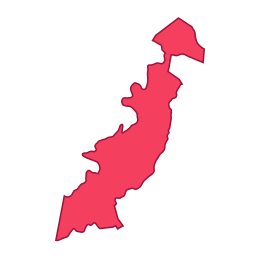 the district of La Resource, Laborie, Saint Lucia, rotated 263°
{"feature_id": "8701671B45952926697202", "entity_name": "La Resource", "entity_type": "district", "adm_level": 2, "iso_a3": "LCA", "parent_name": "Saint Lucia", "parent_adm1": "Laborie", "projection": "albers", "projection_center": [-60.962, 13.748], "detail": "fine", "context": "isolated", "style": "filled", "palette": "rose", "viewbox_px": 256, "rotation_deg": 263, "n_neighbors": 0, "source": "geoboundaries", "source_scale": "gbopen_adm2", "svg_char_len": 5803}
<svg xmlns="http://www.w3.org/2000/svg" viewBox="0 0 256 256"><g transform="rotate(263 128 128)"><path d="M29.0,105.5L29.3,106.1L29.7,106.8L30.2,107.4L30.3,108.1L31.0,110.1L31.3,111.2L39.2,106.9L52.8,105.0L52.7,105.3L52.9,105.8L53.1,106.1L53.8,106.9L54.9,107.2L56.9,106.5L57.4,106.4L58.0,106.4L59.2,106.7L59.5,106.8L59.8,107.2L60.0,107.9L60.0,108.3L59.7,109.0L59.5,110.2L59.3,111.5L59.4,111.8L59.9,112.5L60.3,113.6L60.7,115.1L61.0,115.6L61.8,116.3L62.2,116.6L62.4,116.7L63.4,117.2L65.3,118.1L66.0,118.6L66.5,119.1L66.9,119.8L67.2,120.9L67.3,122.0L67.5,123.4L67.6,125.0L67.6,125.5L66.7,126.8L66.4,127.5L66.3,128.5L66.5,129.7L67.0,131.0L67.9,132.5L68.3,133.0L68.8,133.6L72.9,136.7L73.5,137.4L74.3,138.3L74.9,139.2L75.3,139.9L75.9,140.6L76.7,141.9L77.2,142.4L77.6,143.1L78.0,144.1L78.7,145.3L79.7,146.7L80.4,147.6L81.3,148.3L82.0,148.7L83.8,148.9L85.4,148.9L85.8,149.0L86.2,149.0L87.1,149.3L88.4,149.8L89.9,150.5L91.5,151.5L92.2,151.7L94.2,153.6L97.2,155.9L97.8,156.4L98.9,157.8L99.5,158.9L100.1,159.7L101.7,161.1L102.5,161.6L104.7,162.3L105.7,162.4L106.6,162.6L107.5,162.9L109.6,164.2L111.7,165.9L112.4,166.3L112.7,166.3L113.5,166.1L114.8,165.9L115.5,165.8L115.8,166.0L116.7,166.6L117.3,167.3L118.1,167.9L118.6,168.1L119.0,168.1L119.9,167.8L120.4,167.7L121.1,168.1L121.8,168.7L122.0,168.7L122.4,169.1L123.1,169.4L124.0,169.6L125.3,170.1L126.4,170.4L130.3,171.5L132.9,172.1L133.6,172.2L134.5,172.1L135.2,172.2L136.6,172.5L138.0,173.0L138.4,172.9L139.0,173.0L140.8,173.1L141.2,173.0L142.8,171.7L143.8,171.4L144.5,171.4L146.0,171.3L146.7,171.3L147.9,171.7L148.2,171.9L149.0,172.7L149.7,173.4L150.2,174.2L150.4,174.4L151.0,174.7L151.4,175.2L151.8,176.0L151.8,176.5L152.2,178.0L152.3,178.6L152.5,179.0L153.4,179.8L154.4,180.3L155.3,180.3L157.1,180.2L157.5,180.3L159.1,181.2L160.7,182.4L162.0,183.5L164.3,185.1L164.6,185.4L164.9,186.1L164.9,187.1L169.8,184.9L178.3,175.6L179.0,174.6L182.9,176.0L191.0,178.4L195.4,179.9L195.2,180.5L195.0,181.7L194.2,183.9L193.9,185.1L194.1,186.5L194.9,189.7L194.7,191.5L194.1,193.1L192.7,195.1L191.4,197.2L183.8,210.6L197.1,213.3L199.0,210.8L201.2,208.9L203.8,207.1L205.9,206.5L207.9,206.2L211.3,205.9L213.7,206.1L216.2,205.7L218.3,204.5L219.3,204.2L220.7,203.7L222.0,202.2L224.0,199.7L231.0,191.5L216.5,166.7L211.8,163.0L210.9,164.9L209.8,166.1L208.0,168.4L206.6,170.7L204.7,171.5L202.4,171.3L201.2,171.4L200.5,172.1L197.6,174.2L196.8,173.3L196.1,172.9L195.6,172.7L194.7,172.7L193.8,172.7L191.5,172.9L190.9,172.9L190.6,172.7L189.3,172.0L188.2,170.8L187.9,170.3L187.8,169.8L187.8,169.1L187.9,168.6L188.8,165.4L189.0,164.5L188.8,163.6L188.2,161.7L187.8,159.9L187.7,159.2L187.8,157.7L187.9,156.5L187.8,155.9L187.6,155.6L187.3,155.3L186.7,155.0L183.8,155.0L182.3,154.7L179.9,154.1L179.2,153.9L175.8,153.8L172.8,153.5L172.1,153.4L170.0,152.8L169.0,152.3L168.2,152.0L165.8,151.0L165.3,150.7L165.1,150.4L164.8,150.1L164.5,149.4L164.4,148.9L164.4,148.5L164.7,147.3L165.0,146.8L165.3,146.6L165.9,146.3L166.8,146.1L168.2,145.6L168.8,145.3L169.5,144.8L170.0,144.2L170.7,143.2L171.7,141.2L171.9,140.8L171.9,140.2L171.7,139.6L171.3,138.9L170.9,138.3L170.0,137.3L168.1,135.8L167.7,135.6L166.8,135.4L166.0,135.4L164.9,135.5L162.6,136.1L161.4,136.3L160.7,136.6L159.9,136.6L158.9,136.3L158.7,136.2L158.1,135.5L157.9,134.5L157.8,133.2L157.9,130.9L158.1,129.5L158.3,128.3L158.3,127.5L158.0,126.8L157.7,126.4L156.9,125.7L155.9,125.3L155.3,125.1L154.9,125.1L153.7,125.1L152.5,125.4L151.8,125.7L151.4,126.0L151.1,126.5L150.2,128.5L149.6,130.5L149.5,131.6L149.0,133.0L148.2,134.0L147.2,135.0L143.7,137.5L142.9,138.0L141.7,138.5L140.0,138.8L138.7,138.6L137.4,138.6L136.2,138.8L135.1,138.8L133.9,138.5L133.1,138.2L132.7,137.8L132.4,137.4L131.8,136.6L131.3,135.8L130.7,134.1L130.4,132.8L130.0,131.8L129.8,131.5L128.3,130.2L126.3,127.4L125.7,126.4L125.4,125.7L124.6,123.7L124.1,122.8L124.0,122.3L124.0,121.9L124.1,121.6L124.4,121.5L124.7,121.4L125.1,121.5L126.3,121.9L128.4,122.5L129.8,123.0L131.4,123.0L131.8,123.0L132.1,122.8L132.2,122.5L132.2,121.9L132.0,121.4L131.7,120.9L131.0,120.4L129.9,119.8L127.7,118.8L127.1,118.5L126.6,118.1L124.3,115.3L122.3,113.1L121.6,112.2L121.3,111.4L121.2,110.9L121.1,108.0L120.8,106.5L120.1,104.8L119.8,104.0L119.6,102.3L119.3,100.8L118.6,97.7L118.1,96.8L117.7,96.4L116.8,95.5L116.4,94.8L115.7,94.0L115.1,93.5L114.3,93.1L113.8,93.0L113.4,93.0L112.9,93.1L111.1,93.8L110.5,93.9L110.2,93.9L109.8,93.6L109.5,93.3L109.0,92.3L108.7,91.5L108.6,91.3L109.2,89.6L109.4,88.3L109.4,87.9L109.2,87.2L108.4,84.4L108.3,83.5L108.4,81.8L108.4,81.1L108.4,80.6L107.8,79.8L107.5,79.5L107.2,79.5L106.8,79.5L106.4,79.7L105.5,80.3L104.5,81.7L103.8,82.6L102.7,84.7L101.1,87.5L100.4,89.1L98.9,91.8L98.1,93.1L97.8,93.4L96.6,94.2L94.9,94.8L94.5,95.1L90.6,95.2L87.0,93.2L86.6,92.9L86.5,92.5L86.6,92.0L87.0,91.0L87.4,90.3L87.5,89.9L87.8,88.1L87.9,87.5L88.4,86.8L88.7,86.3L90.1,85.0L90.4,84.8L90.6,84.3L90.6,83.9L90.6,83.6L90.5,83.2L90.0,82.4L89.7,82.1L89.2,81.5L88.6,81.2L87.6,80.9L85.7,80.6L83.3,80.1L81.6,80.1L81.1,80.0L80.6,79.9L80.1,79.5L79.8,79.2L79.3,78.6L79.0,78.2L78.7,77.7L78.5,77.1L78.1,75.2L77.5,74.2L75.4,72.0L73.7,70.6L73.2,69.9L73.0,69.4L72.7,67.8L72.4,67.1L72.0,66.6L70.0,65.1L68.6,64.2L67.8,63.3L67.4,62.5L67.2,62.1L66.8,60.8L66.8,60.1L66.9,59.8L67.0,59.1L67.8,57.2L68.3,56.5L25.3,42.7L25.0,43.8L25.0,44.6L25.1,45.3L25.5,46.9L26.5,50.0L26.8,51.3L27.0,52.6L27.4,54.2L27.6,54.7L28.3,55.6L29.2,56.3L30.4,57.2L31.0,57.7L33.2,59.9L33.7,60.4L34.5,61.2L34.7,61.9L34.6,62.3L34.0,63.0L32.6,63.6L32.1,64.2L31.6,64.8L31.2,66.1L30.3,69.1L30.2,69.7L30.3,70.7L30.4,71.1L30.6,71.5L31.0,71.9L31.4,72.2L33.3,73.1L35.9,74.9L36.8,75.7L37.1,76.4L37.1,76.9L36.2,78.5L36.1,78.9L36.1,79.5L36.3,80.0L36.6,80.6L37.6,82.0L38.0,82.9L37.9,83.4L37.3,84.1L36.7,84.5L32.6,86.9L31.7,87.7L31.6,88.0L31.6,88.3L31.6,88.9L31.5,101.0L32.6,103.8L29.0,105.5Z" fill="#f43f5e" stroke="#9f1239" stroke-width="1.5"/></g></svg>